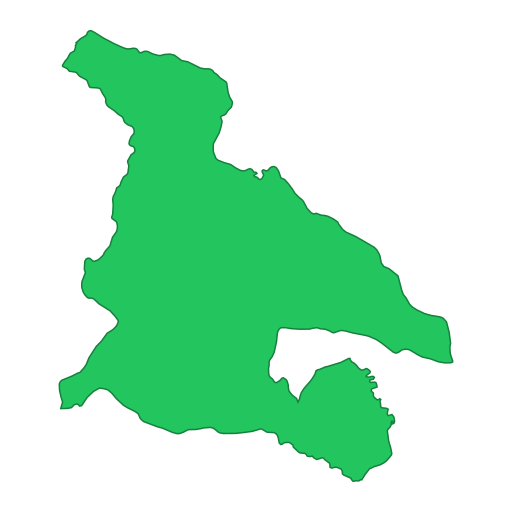 outline of Maukatar, Cova Lima, East Timor
{"feature_id": "22284137B61331736580364", "entity_name": "Maukatar", "entity_type": "district", "adm_level": 2, "iso_a3": "TLS", "parent_name": "East Timor", "parent_adm1": "Cova Lima", "projection": "albers", "projection_center": [125.234, -9.237], "detail": "fine", "context": "isolated", "style": "filled", "palette": "green", "viewbox_px": 512, "rotation_deg": 0, "n_neighbors": 0, "source": "geoboundaries", "source_scale": "gbopen_adm2", "svg_char_len": 5989}
<svg xmlns="http://www.w3.org/2000/svg" viewBox="0 0 512 512"><path d="M87.5,258.3L86.1,259.1L84.8,261.3L84.3,269.2L85.4,272.5L82.0,281.5L81.7,284.6L81.8,287.5L83.0,291.5L84.6,294.5L87.3,297.5L88.7,298.1L91.1,298.1L93.5,298.7L99.2,304.0L110.1,310.8L115.2,316.4L117.9,320.1L118.3,321.8L117.0,325.0L115.3,327.3L112.8,329.7L107.2,333.2L101.3,341.3L96.3,346.4L88.9,357.9L86.3,364.4L84.1,367.7L80.0,372.4L77.6,373.2L71.7,376.2L61.8,380.2L60.2,381.8L59.3,383.9L59.5,390.1L61.0,396.9L62.6,402.1L60.7,408.6L67.6,408.4L71.5,407.6L74.4,404.6L76.2,404.1L77.6,404.2L78.5,404.8L79.5,406.1L81.7,405.6L87.0,397.6L93.4,391.5L99.4,388.1L103.9,388.7L107.8,389.8L110.0,391.6L112.0,393.4L116.4,398.7L123.4,405.2L127.8,407.9L135.4,411.7L138.3,413.8L140.1,418.2L141.6,419.9L143.7,421.6L157.5,426.8L162.6,428.2L172.2,432.3L177.2,433.7L179.8,433.5L183.8,432.0L187.6,429.9L189.3,429.6L195.7,429.5L200.6,428.7L203.2,428.0L210.1,427.4L212.5,427.9L214.4,428.9L218.3,432.1L219.6,432.8L223.4,433.5L235.5,433.4L242.3,432.7L252.2,431.4L260.2,429.0L261.6,429.0L267.0,432.2L274.5,432.7L275.9,433.7L277.0,434.8L278.2,437.6L279.3,443.1L280.7,444.5L282.4,444.1L283.4,443.2L284.8,442.6L288.8,442.4L290.1,442.9L293.1,445.2L293.3,447.1L298.6,452.1L300.3,453.0L304.6,453.3L306.1,454.3L307.3,456.2L310.4,456.6L312.0,456.0L314.1,458.0L316.7,459.5L322.2,457.8L323.5,458.1L324.6,459.5L329.4,463.1L329.9,464.3L330.0,467.3L331.7,468.1L335.3,467.2L337.2,467.4L341.2,469.1L342.3,471.3L342.4,473.8L343.8,475.1L351.1,478.3L351.4,479.5L353.1,481.3L355.9,480.8L358.9,480.9L360.6,479.7L361.7,479.9L364.9,474.8L369.4,468.9L374.5,466.5L380.0,464.9L384.1,462.7L386.8,460.5L389.9,456.9L391.4,455.0L391.8,453.6L390.7,447.8L388.8,441.6L387.3,430.9L387.9,429.4L390.0,427.2L391.3,424.6L391.1,422.5L391.7,421.3L392.7,421.4L393.0,422.4L392.7,423.8L394.0,423.2L394.6,421.4L394.0,417.5L393.5,416.4L391.9,414.5L389.4,415.4L388.0,415.5L387.3,414.2L387.5,411.7L388.2,409.2L386.9,408.4L385.9,408.2L381.8,407.8L380.8,407.0L380.4,402.8L379.9,401.4L380.8,399.6L379.8,398.7L378.8,399.5L377.0,399.8L373.6,396.7L373.3,395.3L373.5,394.1L373.3,392.9L371.3,391.2L371.3,389.3L372.5,388.6L377.0,387.1L376.9,385.6L376.0,382.7L374.8,382.1L370.5,382.4L369.6,381.5L369.9,380.0L373.3,379.3L374.4,377.5L373.7,376.6L372.4,376.3L368.3,377.2L366.2,376.6L366.4,375.5L369.9,372.9L370.3,371.7L369.5,370.5L367.4,368.9L366.3,368.5L362.6,370.2L360.7,369.7L358.3,367.8L356.8,365.7L354.2,363.2L351.7,361.8L350.1,359.6L350.1,358.5L348.8,358.4L340.9,362.4L327.5,366.5L325.4,366.9L319.8,369.3L317.5,369.9L316.0,370.8L315.0,374.1L312.5,378.2L310.9,380.5L303.9,388.6L301.3,392.7L300.0,396.5L299.6,398.8L297.9,402.1L296.6,398.5L292.9,395.7L291.1,393.8L288.9,390.8L288.3,387.1L288.3,385.1L287.1,381.1L286.0,379.5L283.2,377.8L282.0,378.1L280.2,380.2L277.2,382.3L276.1,382.6L274.6,382.2L272.5,379.0L270.2,377.2L269.2,375.8L268.7,373.3L268.5,368.3L269.1,365.5L269.1,362.3L269.6,360.3L272.2,356.6L274.2,352.2L276.5,341.8L277.3,333.6L277.9,331.3L278.6,330.0L279.9,328.4L281.1,327.7L285.8,327.7L290.7,328.6L299.6,329.2L309.6,329.1L312.4,328.3L317.0,327.7L320.4,328.8L325.5,329.3L328.9,330.6L332.6,332.6L333.8,332.8L340.1,330.6L342.3,330.5L345.4,331.0L353.0,333.0L365.6,335.4L369.1,336.4L376.3,339.5L381.4,342.9L393.2,352.1L395.1,352.9L396.4,353.1L398.7,352.2L402.1,349.8L405.2,349.2L408.2,349.4L410.2,350.2L417.7,354.7L422.2,357.0L430.6,358.9L438.1,361.7L444.7,362.9L450.8,362.8L452.6,362.1L452.7,361.0L450.7,355.1L450.1,351.9L449.9,346.8L450.6,343.3L449.2,332.5L446.5,321.9L443.5,318.6L442.1,317.6L439.1,316.7L430.9,315.4L424.6,313.6L417.0,310.0L412.3,307.0L409.5,304.1L406.0,297.8L403.4,294.7L401.8,290.5L398.0,275.9L388.9,268.6L383.9,266.6L381.3,263.0L379.9,255.7L378.7,253.1L376.7,249.8L374.2,247.3L356.2,236.8L345.8,232.0L342.7,229.5L338.7,224.2L337.7,222.0L333.1,218.8L328.2,216.4L325.4,215.6L320.9,215.1L316.3,213.3L313.6,214.0L311.1,212.7L307.0,208.3L303.6,201.7L302.3,200.0L298.4,196.8L294.8,193.1L292.3,189.0L288.1,183.4L284.6,179.5L281.0,178.0L278.5,170.9L276.1,167.5L274.0,166.5L271.8,166.8L270.0,167.9L267.8,170.5L266.5,170.9L263.3,169.8L262.2,170.6L262.1,171.7L263.7,175.2L262.0,178.4L260.5,179.5L259.1,179.3L257.5,177.6L256.5,177.0L254.7,176.7L253.9,175.5L257.0,173.4L256.0,172.3L253.7,172.0L252.1,169.6L251.1,169.1L250.1,168.7L248.3,169.1L246.0,170.3L243.8,170.9L240.6,170.5L235.3,167.7L230.7,164.5L223.8,162.5L217.8,160.1L215.9,158.4L213.4,152.0L213.2,148.2L213.4,143.7L219.3,132.7L221.2,126.2L222.1,121.3L220.6,117.3L221.6,115.9L224.2,115.1L225.9,113.9L227.9,110.6L231.4,107.1L232.4,103.4L232.3,101.6L229.5,96.8L228.1,92.2L226.7,83.1L226.0,81.9L220.0,77.8L217.2,74.7L214.0,72.5L212.6,70.5L210.4,69.2L208.4,68.8L204.6,68.8L200.5,68.1L187.6,61.7L181.7,60.6L174.5,55.2L170.1,54.1L164.1,54.5L160.7,55.5L158.5,55.5L152.7,53.9L147.7,51.5L146.2,51.2L144.1,51.4L140.9,52.8L139.5,52.5L136.7,49.0L135.5,48.5L133.6,48.2L129.3,48.9L127.0,48.9L123.3,47.8L114.4,43.8L103.7,38.2L94.3,32.3L91.4,30.8L90.0,30.7L89.0,31.0L87.5,32.3L86.7,34.7L85.0,36.1L80.5,38.7L76.0,42.8L76.6,43.3L75.5,45.5L75.4,47.8L74.4,50.9L70.2,53.3L67.2,58.8L65.3,60.8L62.6,65.1L62.6,66.4L67.1,68.6L69.3,71.2L75.2,72.1L77.0,73.0L78.2,74.8L80.0,76.5L85.7,79.5L87.0,80.5L89.4,86.8L90.4,87.5L97.5,87.9L99.2,88.3L100.4,89.0L102.4,93.2L105.5,98.0L105.8,100.4L105.6,101.7L106.1,103.3L107.2,105.5L108.8,107.0L114.3,110.7L118.4,114.4L122.1,116.7L123.0,117.8L124.1,121.3L124.9,122.5L127.5,124.6L132.2,126.6L133.1,127.6L134.1,129.9L134.1,133.2L131.1,136.9L129.4,141.0L129.0,143.8L129.7,145.0L130.8,145.8L132.8,146.3L133.7,147.0L134.8,148.8L134.8,150.3L134.7,151.4L134.2,152.5L131.2,154.6L127.8,160.7L127.6,161.8L128.8,165.8L127.9,172.7L127.1,174.3L123.4,177.1L121.1,181.9L119.9,185.6L116.7,187.9L115.3,192.4L113.2,196.6L112.7,199.3L113.2,205.1L112.7,214.0L111.7,217.2L112.0,218.5L116.3,221.6L117.0,223.4L117.4,225.8L117.3,228.7L116.3,232.0L112.5,237.3L109.9,245.9L105.7,250.6L104.2,252.8L103.5,254.8L99.8,258.5L98.2,259.8L94.6,261.3L92.6,260.9L90.4,258.8L89.4,258.2L87.5,258.3Z" fill="#22c55e" stroke="#15803d" stroke-width="1.5"/></svg>